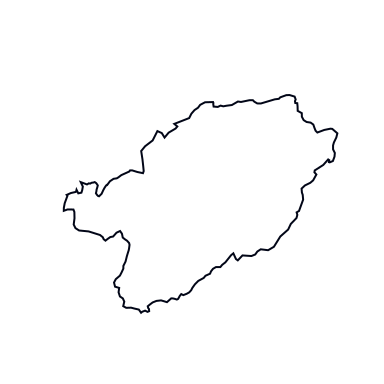 outline of Pita, Pita, Guinea, rotated 209°
{"feature_id": "49546643B45846614697329", "entity_name": "Pita", "entity_type": "district", "adm_level": 2, "iso_a3": "GIN", "parent_name": "Guinea", "parent_adm1": "Pita", "projection": "robinson", "projection_center": [-12.584, 10.91], "detail": "fine", "context": "isolated", "style": "outline", "palette": "ink", "viewbox_px": 384, "rotation_deg": 209, "n_neighbors": 0, "source": "geoboundaries", "source_scale": "gbopen_adm2", "svg_char_len": 2912}
<svg xmlns="http://www.w3.org/2000/svg" viewBox="0 0 384 384"><g transform="rotate(209 192 192)"><path d="M295.0,113.4L292.4,116.4L287.2,119.2L285.2,117.5L282.0,112.0L279.7,106.2L276.4,103.9L272.1,103.6L263.3,107.4L251.6,109.8L248.1,109.2L246.4,107.9L244.1,107.5L243.1,109.9L241.6,113.0L239.4,114.8L238.3,119.8L236.0,123.0L233.1,121.6L232.2,120.6L230.5,118.6L227.7,118.1L225.2,117.9L222.3,116.9L221.0,115.5L219.6,111.9L219.1,110.3L218.6,107.8L217.8,104.1L217.3,102.3L216.4,98.9L216.2,94.1L214.9,91.7L214.6,87.5L214.5,83.9L216.4,78.8L216.3,75.0L213.4,71.9L209.2,72.8L207.6,68.7L204.4,65.7L200.9,65.4L198.1,63.3L196.8,58.8L193.4,58.8L189.2,61.3L187.2,61.8L186.0,62.1L181.5,63.4L178.0,61.7L177.5,63.1L175.5,65.5L172.8,65.6L171.7,67.0L172.9,68.8L174.1,69.3L175.3,70.6L174.1,73.6L172.9,76.3L170.3,79.5L166.5,82.2L163.4,82.9L160.5,83.5L158.6,88.9L157.0,89.7L155.2,90.2L153.1,90.6L152.3,91.8L152.3,95.4L151.9,97.5L149.6,97.6L147.3,100.4L145.8,102.8L145.1,105.7L145.2,108.3L144.7,112.7L143.4,117.3L140.1,122.5L139.6,125.3L136.6,129.3L136.9,131.8L136.4,135.0L134.7,137.9L130.8,140.1L130.3,142.9L128.7,146.7L127.2,155.6L126.1,158.4L121.1,154.7L118.8,154.4L117.1,161.0L109.0,164.8L106.4,168.0L106.0,171.6L104.1,175.2L97.2,178.0L93.8,183.8L93.2,195.9L89.7,205.8L90.1,212.0L88.0,219.9L88.8,223.1L90.6,224.9L89.2,227.3L91.1,239.2L93.8,243.2L95.6,244.8L97.8,248.1L96.4,252.5L93.0,257.4L91.7,260.9L91.7,267.6L94.5,268.6L95.1,270.4L90.3,279.3L88.7,286.5L87.4,286.4L86.7,284.5L85.9,284.7L83.8,287.4L84.5,292.0L86.0,295.4L89.3,297.7L91.2,301.1L91.9,304.1L92.2,309.6L93.3,313.8L99.9,315.2L101.6,314.5L106.4,310.4L111.2,304.8L113.6,305.5L115.8,307.3L118.6,309.8L121.9,310.2L125.7,308.8L129.2,309.0L132.4,311.1L134.2,314.2L138.9,314.2L141.2,318.1L143.0,320.7L144.8,319.9L146.0,321.4L146.2,323.2L148.5,325.2L153.7,324.1L156.5,322.4L160.7,317.6L161.2,315.6L164.5,313.2L174.6,302.9L176.7,301.7L177.9,301.1L181.3,301.2L183.3,301.8L186.3,300.1L192.8,294.5L195.7,293.4L199.3,287.4L203.5,284.3L206.2,282.1L208.9,281.4L210.7,278.9L214.5,277.2L215.9,279.0L216.5,280.3L217.1,280.4L217.3,280.8L220.2,279.1L224.1,276.8L227.1,272.2L227.6,268.6L229.5,264.9L230.5,260.2L230.3,255.3L240.5,243.0L236.6,242.2L237.1,239.6L241.2,232.6L242.4,226.3L247.0,228.9L251.8,228.5L251.4,218.0L255.2,209.3L256.3,203.2L251.2,196.6L247.3,191.1L244.4,186.9L244.0,184.7L249.5,183.0L254.8,181.9L256.7,180.8L256.8,179.5L262.0,172.5L263.5,169.1L264.4,167.5L267.0,165.5L269.0,161.6L269.7,156.2L269.9,157.0L270.2,156.3L270.3,155.7L270.5,153.6L270.5,150.8L270.2,146.6L271.2,143.2L272.2,143.0L273.6,143.4L275.4,144.3L276.0,146.4L276.6,147.8L277.1,150.2L277.6,152.1L280.0,153.3L281.9,153.5L282.8,152.5L284.3,151.4L285.2,149.9L286.4,149.6L287.5,147.7L294.1,146.7L290.1,143.8L288.9,140.3L288.4,137.8L290.8,135.7L294.1,138.0L293.7,136.5L293.7,135.7L297.4,132.4L300.2,128.7L299.1,128.3L297.9,120.5L296.4,116.0L295.0,113.4Z" fill="none" stroke="#020617" stroke-width="2"/></g></svg>